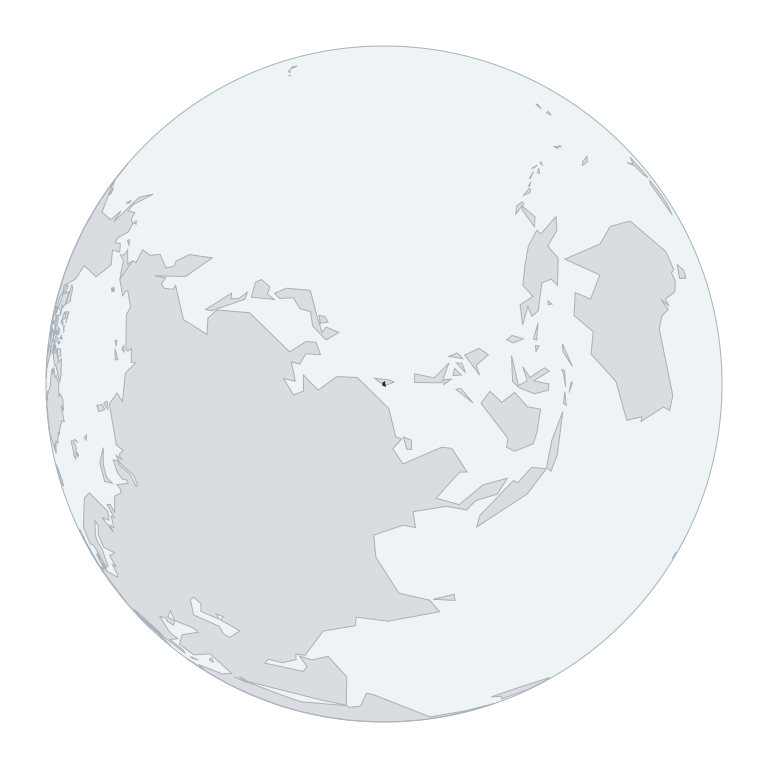 the Earth from above Yunlin, rotated 270°
{"feature_id": "TWN-1176", "entity_name": "Yunlin", "entity_type": "County", "adm_level": 1, "iso_a3": "TWN", "parent_name": "Taiwan", "parent_adm1": "", "projection": "orthographic", "projection_center": [120.426, 23.673], "detail": "fine", "context": "on_globe", "style": "filled", "palette": "slate", "viewbox_px": 768, "rotation_deg": 270, "n_neighbors": 0, "source": "natural_earth", "source_scale": "10m", "svg_char_len": 11558}
<svg xmlns="http://www.w3.org/2000/svg" viewBox="0 0 768 768"><g transform="rotate(270 384 384)"><circle cx="384" cy="384" r="338" fill="#eef3f6" stroke="#a8b0b8"/><path d="M664.0,535.7L663.6,537.6L663.3,538.0L664.0,535.7ZM604.2,127.7L588.4,115.3L589.0,115.4L582.0,110.4L580.8,110.4L581.7,111.8L556.0,102.0L548.3,110.8L557.1,120.9L546.3,113.8L570.7,139.1L573.8,153.1L563.4,133.1L557.0,128.0L555.6,134.8L548.7,131.2L544.1,132.8L536.0,128.2L530.5,118.0L525.2,115.2L524.5,120.3L516.0,119.8L517.8,112.5L503.1,111.1L491.2,96.0L502.5,84.2L489.1,75.7L482.5,64.3L476.3,63.1L469.8,59.4L460.1,56.9L461.7,56.4L452.7,55.1L453.1,56.1L449.3,56.0L443.6,55.0L444.6,53.8L447.6,54.2L444.9,53.4L447.8,53.4L443.2,52.8L445.0,52.2L434.9,51.4L429.3,49.8L432.8,49.9L443.3,51.6L468.3,56.8L493.0,64.1L517.0,73.4L540.3,84.4L562.7,97.2L584.0,111.6L604.2,127.7ZM701.9,297.3L699.1,290.7L701.2,292.3L701.9,297.3ZM697.1,288.5L698.1,290.4L697.2,289.2L697.1,288.5ZM696.2,288.9L696.8,288.6L696.4,289.7L696.2,288.9ZM695.3,290.3L695.7,289.2L695.7,289.6L695.3,290.3ZM692.9,290.3L692.2,290.1L692.3,288.4L692.9,290.3ZM583.2,113.2L581.5,110.9L585.1,112.7L587.4,114.8L583.2,113.2ZM575.3,111.6L572.5,108.9L580.6,113.3L579.7,113.4L575.3,111.6ZM565.0,129.6L564.9,126.0L567.4,130.8L565.0,129.6ZM544.9,133.8L547.1,136.2L543.8,136.1L544.9,133.8ZM528.3,129.3L522.3,129.0L527.5,127.5L528.3,129.3ZM453.3,53.3L445.5,51.9L440.2,50.8L453.3,53.3ZM518.1,127.6L503.6,127.8L507.2,132.6L488.6,119.8L507.2,123.4L513.0,120.5L513.3,124.5L518.1,127.6ZM455.7,56.9L455.0,55.8L460.8,57.9L455.7,56.9ZM460.4,58.4L483.7,66.6L481.9,68.5L474.5,65.0L476.4,68.8L464.1,65.5L460.2,62.7L463.8,62.0L456.4,61.5L460.4,58.4ZM480.6,113.2L476.3,112.1L479.8,111.4L480.6,113.2ZM448.2,56.2L453.1,57.4L451.9,59.0L441.9,56.9L445.5,57.0L448.2,56.2ZM483.0,71.8L480.3,72.9L469.6,70.5L467.1,70.7L463.6,65.7L483.0,71.8ZM442.9,56.1L436.9,55.9L432.3,54.4L443.4,55.2L442.9,56.1ZM455.8,60.4L454.8,61.2L452.1,60.0L455.8,60.4ZM412.6,49.9L418.5,50.7L418.4,51.5L412.6,49.9ZM435.0,56.0L436.6,56.5L437.2,57.1L432.4,56.7L435.0,56.0ZM456.3,64.6L452.4,63.5L457.2,66.5L449.4,65.3L448.4,62.3L445.6,63.1L443.1,62.8L445.1,60.8L456.3,64.6ZM429.4,58.2L425.5,54.9L414.6,52.9L414.4,52.1L431.9,55.5L429.4,58.2ZM438.4,59.8L432.8,58.5L435.4,57.8L440.9,58.2L438.4,59.8ZM444.4,65.7L456.6,68.3L456.4,68.9L444.4,65.7ZM425.7,57.7L426.7,58.6L424.6,57.6L425.7,57.7ZM438.1,63.3L442.4,63.9L442.1,64.6L438.1,63.3ZM425.1,60.0L423.9,58.8L427.5,58.9L425.1,60.0ZM430.6,61.6L429.1,62.4L429.6,59.6L432.6,61.7L430.6,61.6ZM437.0,63.8L438.2,64.4L435.2,63.4L437.0,63.8ZM411.9,60.8L411.6,57.3L419.8,57.3L418.9,60.6L411.9,60.8ZM109.5,186.9L97.8,205.0L103.5,198.6L94.1,222.1L94.7,231.5L114.2,210.1L113.2,193.9L123.8,179.5L133.3,182.3L135.8,198.4L140.0,193.4L147.5,174.6L157.3,170.6L151.2,167.8L146.8,174.6L142.8,173.5L146.6,167.3L149.9,165.8L151.8,159.7L135.5,169.8L129.3,177.8L128.5,170.0L118.1,183.0L114.6,185.2L130.8,164.2L136.3,158.9L158.8,134.2L153.0,138.8L131.4,162.9L134.0,159.0L125.9,167.1L134.2,158.0L159.3,132.0L162.1,129.1L198.1,101.8L194.7,104.2L201.2,101.2L198.2,104.5L213.7,96.7L214.3,97.7L204.9,101.8L196.8,107.0L190.9,117.5L193.6,117.6L204.2,112.0L201.2,116.3L212.2,109.6L215.2,114.4L220.8,103.6L233.4,98.3L242.3,98.3L247.5,95.0L233.0,95.3L226.3,97.5L218.9,102.1L201.6,108.1L200.8,106.2L222.8,93.8L224.1,90.3L240.6,83.4L269.7,84.4L275.1,89.3L256.7,107.8L247.9,108.9L250.1,102.5L236.1,113.1L242.9,109.9L240.5,113.9L251.9,111.2L250.7,114.0L263.7,107.1L263.5,110.3L255.3,114.6L272.0,114.7L275.2,121.2L279.5,120.0L283.3,116.9L284.8,128.1L287.9,126.8L288.7,122.5L295.4,117.4L308.0,113.2L307.8,117.2L303.2,119.3L293.4,130.4L281.3,136.2L282.5,137.6L293.0,133.6L305.0,119.9L312.5,116.2L308.1,122.6L310.3,120.0L314.0,119.5L317.5,123.1L323.0,116.3L364.1,109.4L374.9,116.9L366.4,122.5L394.9,125.3L405.0,135.6L405.6,131.3L419.7,131.2L416.8,127.8L418.2,125.9L453.1,126.4L461.1,130.5L476.9,127.9L477.2,126.0L472.2,122.7L488.6,119.8L507.2,132.6L505.5,136.1L518.3,142.6L512.6,150.2L513.7,160.1L499.9,166.1L502.1,174.3L506.9,176.0L513.4,189.3L510.1,212.2L491.5,185.7L492.3,154.3L490.1,165.9L484.3,161.3L479.6,164.5L478.7,173.4L482.5,175.6L448.5,183.4L433.5,207.1L449.9,207.9L458.0,216.9L455.3,249.5L416.1,289.6L426.5,306.0L425.7,315.9L413.4,320.5L414.3,306.0L403.9,299.5L406.2,291.2L386.9,295.3L389.4,283.6L373.1,293.4L376.9,303.5L393.0,303.4L377.8,318.1L391.4,336.8L390.5,357.2L359.4,388.9L331.3,395.6L329.1,401.7L319.2,392.8L304.1,403.0L320.8,441.7L319.6,451.8L296.0,467.1L295.9,459.6L269.8,436.0L263.4,459.2L283.1,483.0L289.8,507.3L273.9,497.2L267.3,475.6L258.1,466.6L261.7,446.2L256.3,413.1L240.4,415.5L242.8,403.0L232.9,373.7L210.7,375.9L174.7,399.0L167.8,429.7L156.3,439.6L146.8,387.9L150.9,356.2L142.3,355.3L136.9,323.1L112.7,305.0L113.9,295.9L108.3,296.0L105.3,282.5L108.9,268.1L104.9,264.8L96.6,303.2L101.3,307.1L111.8,299.6L108.1,312.0L111.6,328.1L91.1,346.8L62.8,346.2L67.8,322.2L86.6,247.2L90.4,241.6L90.8,240.9L91.5,239.4L85.2,247.7L91.1,234.1L72.7,282.2L66.2,301.0L62.3,347.2L60.7,349.3L61.8,360.6L74.8,366.4L73.2,373.8L62.3,401.5L51.1,429.9L57.1,465.1L63.9,491.7L64.5,494.2L57.3,470.4L51.9,446.2L48.2,421.7L46.3,396.9L46.3,372.1L48.1,347.4L51.7,322.8L57.0,298.6L64.2,274.9L73.1,251.7L83.6,229.2L95.8,207.6L109.5,186.9ZM130.5,229.8L137.1,240.0L147.9,220.7L151.4,223.3L153.8,216.2L148.7,219.3L156.6,201.0L164.4,200.9L170.7,193.9L168.7,190.3L153.0,193.7L141.6,219.4L134.2,223.4L130.5,229.8ZM231.7,82.3L231.8,82.3L225.6,85.5L222.2,87.3L231.7,82.3ZM215.9,90.9L218.1,89.8L238.8,79.4L237.2,80.8L234.6,81.6L231.5,83.6L226.4,85.6L204.6,98.2L199.1,101.4L203.9,98.1L215.9,90.9ZM294.5,58.6L303.5,56.4L288.4,62.0L281.8,63.6L285.2,61.3L295.1,58.2L294.5,58.6ZM418.9,48.1L423.4,48.5L423.1,48.6L419.1,48.3L418.9,48.1ZM402.9,46.6L404.0,46.7L403.6,46.6L418.3,47.8L413.5,47.5L414.0,47.7L422.1,49.4L439.1,52.7L436.5,53.7L430.2,53.5L425.7,52.9L428.8,52.2L420.6,51.9L421.6,50.6L415.4,50.2L399.5,46.9L403.7,47.0L389.3,46.1L391.0,46.2L402.9,46.6ZM369.0,46.4L371.2,46.4L366.5,47.3L374.0,46.8L373.9,47.3L368.0,47.5L377.1,47.6L375.4,48.2L382.5,50.4L396.6,51.3L399.6,52.6L393.2,52.6L400.6,53.9L390.6,55.0L392.5,56.1L384.6,58.7L371.3,58.8L374.4,60.1L368.5,62.8L357.2,63.6L362.7,61.1L346.4,64.2L347.3,61.2L345.4,61.8L341.7,60.1L334.0,59.4L336.0,58.1L332.1,58.5L329.6,57.8L325.0,58.0L326.9,56.0L321.4,56.3L325.5,55.3L315.4,56.5L323.8,54.8L321.4,54.4L314.5,56.2L336.5,49.4L336.9,49.4L369.0,46.4ZM409.3,61.4L393.1,61.1L385.7,59.7L402.7,55.9L402.3,54.7L412.9,53.2L423.4,55.6L419.4,55.7L418.0,56.4L415.3,55.4L416.4,56.8L410.9,57.2L410.3,58.6L405.2,58.0L409.3,61.4ZM131.0,160.2L129.0,162.6L127.5,165.1L122.4,170.6L131.0,160.2ZM147.3,142.9L147.8,142.3L147.0,143.2L139.0,151.2L139.3,150.9L147.3,142.9ZM153.4,137.3L147.6,142.6L151.9,138.5L153.4,137.3ZM204.9,102.6L204.9,103.6L202.2,105.3L199.1,106.5L204.9,102.6ZM309.0,75.6L313.3,73.5L314.9,73.8L327.0,71.2L327.2,73.7L320.0,76.2L309.0,75.6ZM110.2,211.5L106.0,213.4L107.7,209.6L108.8,209.6L110.2,211.5ZM111.5,190.5L108.0,198.2L110.1,191.9L111.5,190.5ZM311.2,77.8L316.2,76.4L313.3,78.6L311.2,77.8ZM328.0,75.5L325.7,77.9L328.6,73.8L328.0,75.5ZM209.2,672.1L216.2,676.3L212.8,674.6L209.2,672.1ZM77.7,510.2L90.5,549.8L86.3,543.7L78.6,528.1L69.2,502.0L71.7,501.0L71.1,491.3L77.7,510.2ZM375.5,569.1L386.0,571.2L385.7,572.5L375.5,569.1ZM364.5,563.5L376.4,564.9L362.5,566.3L364.5,563.5ZM381.1,565.5L393.2,563.7L398.5,561.8L397.6,564.6L381.1,565.5ZM356.5,562.8L313.5,557.3L296.8,551.0L300.6,546.5L327.6,551.8L356.5,562.8ZM299.2,546.2L274.0,527.2L241.1,476.7L252.8,480.1L287.5,513.5L285.3,517.6L300.6,531.8L299.2,546.2ZM361.2,527.4L358.9,540.6L335.0,536.8L324.2,533.2L316.8,514.7L320.9,506.4L329.7,507.9L364.7,481.1L376.7,489.9L365.7,501.8L375.6,514.7L361.2,527.4ZM168.7,433.2L173.7,454.1L167.6,455.1L168.7,433.2ZM379.7,460.7L365.0,473.0L378.7,456.0L379.7,460.7ZM388.3,444.1L388.8,451.2L383.4,443.9L388.3,444.1ZM327.9,411.4L318.6,411.7L318.8,406.7L330.9,403.4L327.9,411.4ZM389.7,374.4L388.1,389.2L385.8,394.0L382.3,384.7L389.7,374.4ZM320.4,103.2L303.3,103.3L291.2,106.4L284.7,112.3L286.6,104.7L305.3,99.8L320.4,103.2ZM358.7,107.9L364.3,103.7L366.8,106.1L365.9,107.5L358.7,107.9ZM358.6,104.9L356.3,98.8L362.7,96.9L363.3,102.0L358.6,104.9ZM333.0,86.5L328.0,86.2L330.5,84.2L333.0,86.5ZM584.2,650.4L587.4,649.9L577.7,657.8L564.6,666.7L552.9,672.4L584.2,650.4ZM489.9,685.9L489.5,679.6L503.4,677.2L497.7,683.6L489.9,685.9ZM593.3,643.3L602.0,634.9L605.3,627.1L604.2,633.3L611.0,630.0L590.2,648.2L593.3,643.3ZM438.5,659.3L372.4,672.8L357.7,669.7L360.9,663.4L346.6,641.1L351.3,642.0L347.6,626.8L386.4,616.0L414.0,591.0L436.2,593.3L452.5,574.0L475.5,575.2L468.9,590.6L493.0,599.8L508.9,564.8L523.9,599.9L541.6,610.3L547.0,630.0L516.4,665.8L498.6,673.7L495.0,671.4L487.7,675.2L476.0,674.9L469.2,665.4L461.9,668.9L468.8,660.8L458.4,668.2L452.1,661.8L438.5,659.3ZM602.8,582.6L606.3,582.7L611.7,586.9L606.2,587.4L602.8,582.6ZM655.2,546.5L656.7,548.5L653.1,550.8L655.2,546.5ZM663.3,538.0L659.1,541.2L664.0,535.7L663.3,538.0ZM620.9,558.1L622.6,559.8L621.2,560.9L620.9,558.1ZM619.5,557.7L621.6,553.7L621.3,557.3L619.5,557.7ZM603.0,542.3L605.0,539.9L606.0,541.2L603.0,542.3ZM401.6,572.4L416.2,563.0L424.2,562.4L401.6,572.4ZM599.9,538.8L594.6,539.5L595.1,537.4L599.9,538.8ZM600.2,534.1L599.6,531.4L602.9,537.3L600.2,534.1ZM590.0,529.6L596.5,533.5L589.3,530.3L590.0,529.6ZM586.2,530.9L581.6,529.4L581.9,528.4L586.2,530.9ZM534.0,540.8L551.4,556.0L537.5,556.9L521.9,547.6L510.0,558.1L482.8,557.5L488.9,551.2L485.2,541.9L457.3,538.3L451.7,532.0L461.5,527.9L443.2,522.6L463.2,520.1L471.5,533.0L482.8,522.9L502.6,524.9L522.0,528.4L537.7,536.8L534.0,540.8ZM463.5,548.2L467.0,548.2L463.9,552.0L463.5,548.2ZM572.6,523.6L579.4,528.9L578.6,530.5L575.3,530.0L572.6,523.6ZM541.3,534.3L558.1,522.4L562.1,522.1L551.0,535.1L541.3,534.3ZM554.0,515.9L561.9,516.6L566.1,522.1L564.4,523.9L554.0,515.9ZM422.6,535.5L421.9,539.0L416.7,536.0L422.6,535.5ZM429.3,533.6L444.9,538.0L427.9,536.6L429.3,533.6ZM382.6,518.4L387.0,527.2L401.2,522.8L390.4,529.9L400.1,544.3L396.9,549.3L387.2,533.7L384.0,548.9L377.8,548.1L374.2,534.6L380.5,518.8L386.7,512.6L412.4,511.5L382.6,518.4ZM429.1,523.3L425.0,513.2L428.1,506.7L432.6,512.1L429.1,523.3ZM413.1,488.4L402.6,476.0L392.7,479.8L412.9,464.7L419.7,479.1L413.1,488.4ZM404.6,462.0L395.4,465.4L405.1,456.5L404.6,462.0ZM393.1,461.3L392.4,453.0L399.6,454.6L393.1,461.3ZM409.4,462.7L411.6,448.8L415.0,457.3L409.4,462.7ZM390.1,434.2L405.0,449.0L385.2,441.6L385.6,414.4L394.2,414.5L390.1,434.2ZM446.0,328.2L444.6,320.4L452.7,319.1L451.3,324.8L446.0,328.2ZM477.7,310.3L454.4,316.3L435.4,322.2L440.8,326.1L435.6,338.9L428.1,326.1L442.1,312.6L456.3,310.7L459.4,300.0L470.4,293.3L469.5,279.9L474.6,274.5L479.8,286.4L477.7,310.3ZM468.5,274.3L470.9,251.4L485.7,255.5L488.5,261.4L481.2,269.9L473.8,267.2L468.5,274.3ZM475.8,247.4L468.7,244.8L457.2,211.4L458.5,205.6L475.0,231.7L469.2,230.9L469.4,238.8L475.8,247.4ZM477.1,114.3L476.4,112.3L479.7,114.2L477.1,114.3ZM416.2,124.1L418.6,121.8L422.4,123.7L416.2,124.1ZM427.5,116.8L421.5,116.1L427.9,115.1L427.5,116.8ZM408.1,115.3L419.2,115.0L408.5,117.8L408.1,115.3Z" fill="#d9dde1" stroke="#a8b0b8" stroke-width="1"/><path d="M382.4,384.9L382.5,384.8L382.5,384.5L382.5,384.2L382.6,383.8L382.6,383.6L382.7,383.4L382.8,383.2L383.0,383.1L383.6,383.1L383.8,383.1L384.2,383.2L384.6,383.2L384.8,383.4L385.2,383.4L385.2,383.5L385.2,383.8L385.2,384.0L385.2,384.3L385.3,384.3L385.5,384.3L385.7,384.5L385.4,384.6L385.2,384.6L385.1,384.4L384.9,384.5L384.6,384.4L384.4,384.2L384.2,384.2L384.0,384.3L383.8,384.3L383.5,384.5L383.4,384.6L383.2,384.7L383.0,384.8L382.9,385.0L382.6,384.9L382.4,384.9L382.4,384.9Z" fill="#64748b" stroke="#1e293b" stroke-width="1.5"/></g></svg>